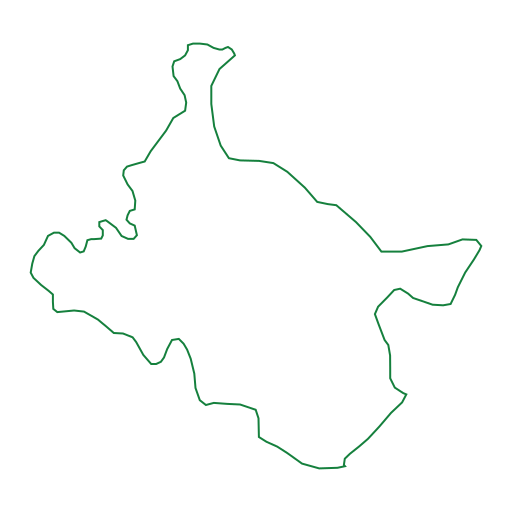 SVG path tracing the border of Štip
{"feature_id": "MKD-2911", "entity_name": "Štip", "entity_type": "Statistical Region", "adm_level": 1, "iso_a3": "MKD", "parent_name": "North Macedonia", "parent_adm1": "", "projection": "orthographic", "projection_center": [22.131, 41.705], "detail": "fine", "context": "isolated", "style": "outline", "palette": "green", "viewbox_px": 512, "rotation_deg": 0, "n_neighbors": 0, "source": "natural_earth", "source_scale": "10m", "svg_char_len": 2174}
<svg xmlns="http://www.w3.org/2000/svg" viewBox="0 0 512 512"><path d="M151.2,364.0L143.3,354.9L136.2,342.1L132.6,337.3L123.0,333.5L113.8,333.0L105.1,325.5L102.5,323.4L98.0,319.6L84.0,311.6L74.1,310.5L57.3,312.1L54.3,309.7L53.3,308.9L52.9,301.9L52.9,294.5L48.6,290.8L41.0,284.9L33.5,277.9L30.7,272.6L32.3,263.5L34.4,256.1L38.4,250.8L43.9,244.9L48.0,235.9L53.9,232.7L59.1,232.7L64.3,235.9L71.4,242.8L74.6,248.2L80.1,252.5L83.7,251.4L85.7,246.6L87.4,240.2L91.3,239.1L94.5,239.1L101.2,238.6L102.8,235.4L102.8,230.1L99.3,226.4L99.3,222.1L102.8,221.0L105.7,220.2L107.2,221.2L116.0,227.8L121.6,236.0L128.1,238.9L133.6,238.9L136.9,235.2L134.7,225.6L129.8,223.4L126.5,219.7L127.6,215.3L129.8,210.9L134.7,209.4L135.3,200.6L132.5,191.0L127.6,184.4L123.2,175.5L123.8,170.3L127.0,166.6L131.5,165.2L139.2,163.0L144.7,161.5L150.7,151.2L158.4,140.9L166.1,130.6L173.3,118.0L179.1,114.4L185.1,110.7L186.2,102.6L184.6,95.2L180.2,88.6L177.4,81.2L173.6,76.1L172.5,66.5L174.2,61.3L180.2,59.1L185.1,55.4L187.9,50.2L187.9,45.2L193.0,43.6L199.9,43.6L207.4,44.5L213.6,47.9L219.3,49.5L222.4,49.5L225.5,47.9L228.0,47.0L231.8,49.5L234.3,53.7L234.9,55.4L219.5,69.0L211.3,85.9L211.3,104.0L214.2,126.5L220.7,145.6L228.9,158.2L240.0,160.4L259.1,160.9L273.4,163.1L287.3,171.8L304.9,187.7L317.2,201.9L327.8,204.1L336.3,205.2L356.0,222.1L370.3,236.9L381.4,251.6L401.8,251.6L427.5,246.1L448.4,244.4L462.5,239.4L476.3,239.9L481.3,246.0L479.5,250.2L473.9,259.5L465.2,272.5L457.8,287.3L455.1,294.8L450.6,304.0L443.1,305.3L432.6,304.7L421.9,301.0L413.1,298.0L408.1,293.6L400.2,288.7L394.2,290.0L387.3,297.4L378.1,306.7L374.9,314.1L378.5,324.0L384.6,340.0L388.3,345.0L390.1,355.5L390.2,369.0L390.2,378.3L394.8,387.6L403.2,393.1L406.3,394.4L402.1,402.4L391.0,412.9L379.4,426.5L367.9,438.9L359.2,446.4L349.9,453.8L344.8,458.7L343.9,464.9L345.0,466.2L337.5,467.8L319.2,468.4L302.0,463.6L287.2,453.0L277.2,446.6L266.5,441.8L258.9,437.0L258.5,418.3L255.7,409.8L240.1,404.5L227.4,403.9L213.8,402.9L205.9,405.0L199.8,400.2L195.5,388.0L194.3,373.6L190.7,358.7L187.1,349.6L183.6,343.7L178.8,338.9L172.0,340.0L167.2,349.0L164.0,357.5L160.9,361.8L156.1,364.0L151.2,364.0Z" fill="none" stroke="#15803d" stroke-width="2"/></svg>